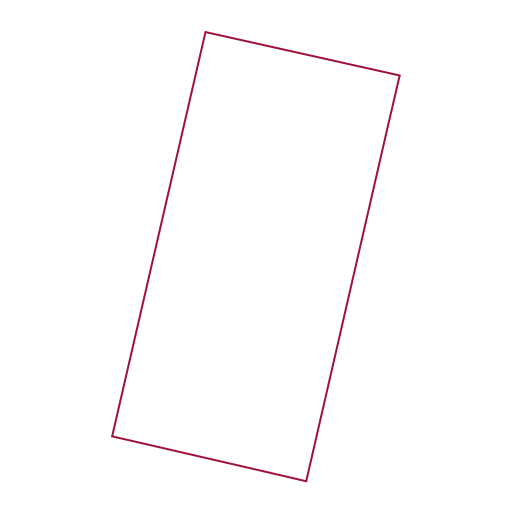 the district of Perkins, Nebraska, United States of America, rotated 283°
{"feature_id": "52423323B31196592045480", "entity_name": "Perkins", "entity_type": "district", "adm_level": 2, "iso_a3": "USA", "parent_name": "United States of America", "parent_adm1": "Nebraska", "projection": "natural_earth1", "projection_center": [-101.706, 40.851], "detail": "fine", "context": "isolated", "style": "outline", "palette": "rose", "viewbox_px": 512, "rotation_deg": 283, "n_neighbors": 0, "source": "geoboundaries", "source_scale": "gbopen_adm2", "svg_char_len": 258}
<svg xmlns="http://www.w3.org/2000/svg" viewBox="0 0 512 512"><g transform="rotate(283 256 256)"><path d="M462.8,156.4L47.9,156.4L47.9,157.4L47.9,321.8L47.8,355.6L413.7,355.3L464.2,355.4L462.8,156.4Z" fill="none" stroke="#9f1239" stroke-width="2"/></g></svg>